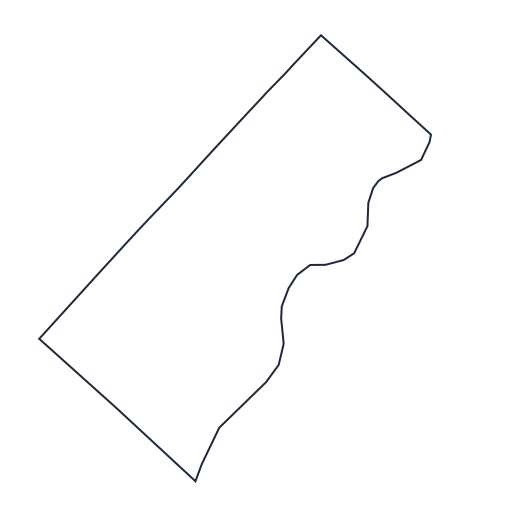 the district of Milwaukee, Wisconsin, United States of America, rotated 42°
{"feature_id": "52423323B84290681505038", "entity_name": "Milwaukee", "entity_type": "district", "adm_level": 2, "iso_a3": "USA", "parent_name": "United States of America", "parent_adm1": "Wisconsin", "projection": "orthographic", "projection_center": [-87.947, 43.017], "detail": "fine", "context": "isolated", "style": "outline", "palette": "slate", "viewbox_px": 512, "rotation_deg": 42, "n_neighbors": 0, "source": "geoboundaries", "source_scale": "gbopen_adm2", "svg_char_len": 780}
<svg xmlns="http://www.w3.org/2000/svg" viewBox="0 0 512 512"><g transform="rotate(42 256 256)"><path d="M361.7,463.9L354.9,446.7L343.6,408.2L343.9,403.5L346.8,359.5L347.9,343.0L345.7,321.7L335.3,302.7L322.2,290.8L316.6,285.7L308.8,276.1L301.7,257.9L299.2,242.5L302.3,226.4L313.6,216.0L323.9,200.2L327.1,188.3L324.6,179.4L318.8,159.1L318.7,159.1L303.9,141.3L297.6,127.2L296.8,118.5L297.8,113.6L304.7,100.1L314.4,74.1L308.7,55.1L304.8,48.7L276.6,48.5L276.4,48.5L246.7,48.2L216.4,48.1L156.6,48.5L155.7,87.0L155.6,100.9L154.5,127.7L154.5,133.3L154.1,152.9L154.0,159.9L153.3,205.5L153.3,206.2L153.0,248.6L152.9,257.1L151.6,299.2L151.4,307.9L151.1,325.1L151.0,333.2L150.8,359.8L150.7,369.3L150.3,462.6L253.0,462.4L361.7,463.9Z" fill="none" stroke="#1e293b" stroke-width="2"/></g></svg>